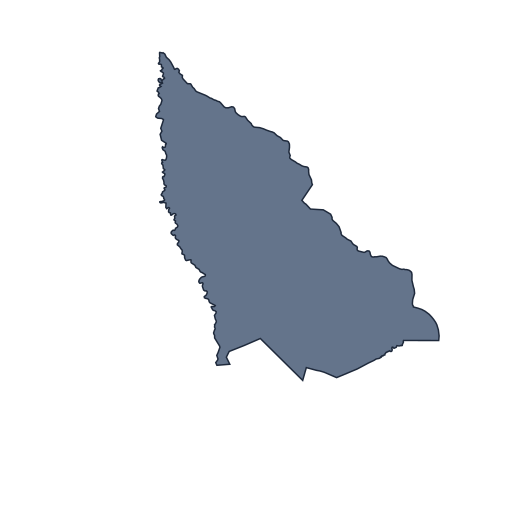 outline of Beitbridge, Matabeleland South, Zimbabwe, rotated 216°
{"feature_id": "62879985B95307090216295", "entity_name": "Beitbridge", "entity_type": "district", "adm_level": 2, "iso_a3": "ZWE", "parent_name": "Zimbabwe", "parent_adm1": "Matabeleland South", "projection": "orthographic", "projection_center": [30.386, -21.812], "detail": "fine", "context": "isolated", "style": "filled", "palette": "slate", "viewbox_px": 512, "rotation_deg": 216, "n_neighbors": 0, "source": "geoboundaries", "source_scale": "gbopen_adm2", "svg_char_len": 6122}
<svg xmlns="http://www.w3.org/2000/svg" viewBox="0 0 512 512"><g transform="rotate(216 256 256)"><path d="M421.5,317.9L419.1,316.3L419.9,312.4L419.1,309.9L418.4,309.6L416.4,309.8L413.1,311.8L411.1,312.0L410.7,311.3L408.1,303.3L405.5,301.7L405.1,298.1L400.4,294.1L394.9,294.4L394.5,293.9L394.8,293.3L394.7,292.9L393.8,291.7L393.5,290.7L394.4,289.5L395.8,289.5L395.8,289.1L395.5,288.4L393.8,287.3L391.0,287.3L389.0,285.7L387.9,285.3L386.9,284.2L386.0,282.6L385.5,280.8L385.8,280.1L387.2,279.3L388.4,279.0L388.7,278.6L388.3,277.9L386.6,276.8L387.0,276.0L386.8,275.5L386.2,275.1L384.7,274.8L382.4,272.3L380.6,272.2L380.4,272.1L380.3,271.6L381.0,268.9L380.3,268.7L378.3,269.0L377.6,268.3L377.1,266.2L377.9,265.6L378.0,265.0L377.2,263.8L375.7,263.2L373.8,261.6L372.9,260.3L372.4,260.0L371.9,259.8L369.9,260.0L369.5,259.5L369.3,259.1L369.4,258.4L370.2,257.5L370.3,257.1L369.9,256.5L368.8,256.2L368.5,255.8L368.5,255.2L369.3,252.9L368.8,251.7L368.8,250.1L368.6,249.7L367.3,249.4L366.3,249.7L365.3,249.2L364.3,248.2L363.2,247.9L362.9,247.6L362.8,247.1L363.3,246.1L364.4,244.6L365.4,243.8L365.7,243.3L365.5,243.0L364.6,242.8L363.7,243.4L362.2,245.1L359.9,245.9L357.5,242.3L356.0,241.8L355.5,243.6L355.0,243.9L354.3,244.0L353.9,243.6L353.8,242.1L352.7,240.3L351.7,240.1L350.6,240.6L349.3,239.2L348.9,239.0L348.3,239.5L348.1,240.8L347.3,242.2L346.5,242.6L345.5,242.7L344.8,242.1L345.3,240.9L345.3,240.3L343.8,238.7L343.8,237.5L343.6,237.0L341.7,237.0L341.2,235.8L340.6,235.3L338.8,235.3L337.8,235.0L337.0,234.5L336.7,233.9L336.6,233.1L337.4,231.1L337.0,230.2L336.9,229.2L337.1,228.7L338.1,228.3L338.5,227.6L338.7,225.7L338.3,224.8L337.7,224.3L335.6,224.0L334.9,224.1L334.3,225.2L333.7,225.3L332.9,225.0L332.5,223.9L331.4,222.9L329.8,222.8L327.6,223.1L327.2,222.9L326.8,222.0L326.8,219.7L326.2,218.8L323.1,218.6L320.6,217.6L319.4,217.4L318.4,216.5L317.5,214.6L317.1,214.2L315.6,214.6L314.4,214.6L314.0,214.3L312.7,212.6L310.5,211.3L309.6,211.4L307.5,213.8L306.7,214.5L306.2,214.6L305.0,212.8L304.2,212.4L300.0,212.6L297.9,211.4L294.2,211.7L292.0,210.6L290.7,210.6L289.4,211.1L288.7,210.9L286.1,211.2L285.6,210.6L285.4,209.9L285.6,209.3L287.3,207.4L287.7,206.4L288.0,203.9L287.5,202.0L286.6,201.2L285.6,200.9L285.1,201.2L283.8,202.8L283.3,202.9L282.5,202.4L282.0,200.6L281.4,199.8L278.4,197.7L276.9,197.7L275.6,198.6L274.5,198.4L273.7,197.2L273.3,195.2L274.0,192.7L273.2,191.9L271.9,192.1L270.2,192.9L269.5,193.0L268.5,192.8L267.0,191.5L265.8,191.1L259.9,192.0L259.8,191.0L260.1,190.4L262.0,189.3L262.3,188.4L259.4,187.0L258.4,187.0L257.1,187.6L255.4,187.5L254.8,186.2L254.7,183.5L251.9,181.1L250.3,180.3L249.4,179.4L249.0,177.0L249.2,176.1L248.2,175.1L247.9,174.2L246.7,173.6L246.2,172.9L246.0,171.6L245.1,168.8L244.2,168.1L242.9,167.5L241.3,165.4L232.6,161.8L231.5,160.9L229.9,155.5L229.3,152.5L226.4,150.5L225.9,149.5L225.9,146.1L223.4,144.6L213.6,153.0L220.5,156.7L221.6,163.0L212.8,176.9L204.0,191.8L145.1,182.8L149.7,195.3L139.7,199.1L136.9,200.5L132.6,202.0L119.3,205.0L107.7,224.1L102.2,235.4L99.2,240.9L98.2,243.4L96.2,245.5L95.2,247.7L95.2,247.8L95.7,247.8L95.3,249.5L94.6,249.6L94.4,250.8L93.6,251.6L94.1,252.7L94.0,254.8L93.5,255.2L93.2,256.2L92.5,256.8L92.4,257.7L90.7,258.0L90.3,258.6L90.3,259.3L90.7,260.2L92.0,261.3L92.2,262.3L91.6,262.7L90.6,262.4L90.0,262.6L88.9,264.6L89.3,266.3L87.4,267.3L86.5,268.2L86.1,269.0L85.4,269.1L85.1,269.6L85.7,270.9L86.0,272.8L86.8,273.7L87.0,274.4L58.5,295.0L60.9,299.0L65.0,303.4L69.2,306.6L71.7,307.9L75.0,309.1L78.0,309.9L81.6,310.6L86.7,310.7L90.4,310.2L94.3,309.0L98.7,307.3L99.2,307.9L100.4,308.3L101.5,309.4L103.6,312.8L105.7,319.0L108.4,322.0L110.4,323.5L115.6,328.0L118.9,332.7L120.5,334.2L121.4,334.4L122.7,334.5L124.0,334.4L126.2,333.5L127.4,332.6L128.6,332.3L130.1,330.9L132.5,330.0L140.1,328.6L143.9,328.9L147.1,330.0L147.6,330.5L149.8,331.2L151.6,330.8L153.6,330.1L155.4,328.9L157.9,326.3L159.8,324.9L159.9,324.5L161.6,323.5L162.6,323.5L164.4,324.5L166.1,326.1L167.5,326.5L169.1,325.5L170.0,323.3L170.7,322.4L176.2,320.2L177.7,320.4L178.2,320.9L179.1,322.5L180.0,323.0L183.9,322.6L185.4,322.9L187.9,323.9L192.1,323.2L194.0,323.4L198.7,323.2L200.6,324.3L200.9,325.0L206.0,328.5L210.2,329.6L214.6,329.9L216.1,330.5L217.2,332.0L220.2,333.7L228.7,332.9L239.5,326.0L246.1,327.3L247.9,327.2L251.6,328.0L252.3,346.9L253.7,347.8L255.9,350.2L261.0,353.0L263.0,355.2L264.3,357.0L265.7,358.0L267.0,358.0L269.9,356.5L272.0,355.9L274.9,355.7L277.2,355.2L279.5,355.3L284.3,354.8L286.3,355.1L286.9,355.9L287.4,357.4L290.5,359.4L292.7,363.5L294.1,365.4L294.9,366.3L296.9,367.4L298.1,367.4L301.4,365.7L302.3,365.5L305.8,366.2L309.7,365.7L313.8,366.3L316.2,365.8L316.9,365.4L321.5,364.0L324.7,363.3L328.5,362.0L333.0,359.3L334.2,359.1L336.2,359.4L337.7,360.3L342.6,360.9L346.3,362.3L347.5,362.1L349.3,360.5L350.6,360.0L353.5,359.8L356.2,360.1L357.6,360.6L359.9,362.7L361.8,363.2L363.4,362.5L365.5,359.6L367.6,358.1L369.5,357.9L374.5,359.1L376.3,359.3L378.0,358.6L380.3,358.3L380.8,357.9L382.9,357.5L384.6,357.4L386.1,356.8L389.4,356.6L391.4,356.3L400.3,354.1L401.8,354.1L404.4,355.1L406.5,355.3L409.8,356.8L410.4,356.7L412.8,355.1L419.2,356.4L420.5,357.0L421.7,358.9L424.3,358.7L426.4,359.2L426.9,360.9L428.6,361.6L430.0,361.5L430.8,360.6L431.1,359.6L431.5,359.2L431.9,359.2L433.5,360.2L438.9,362.8L441.7,363.7L445.4,364.1L448.5,365.8L450.7,365.8L450.9,365.3L453.5,364.2L453.5,363.7L451.0,360.6L450.7,359.4L449.8,358.7L448.4,356.9L448.0,355.9L448.2,354.8L448.0,354.3L447.3,354.1L445.8,355.2L445.0,355.2L443.6,353.4L442.5,353.7L441.7,353.5L441.5,353.0L441.9,352.0L441.4,350.6L442.2,349.9L442.2,349.6L441.2,349.4L439.8,349.7L438.5,349.6L437.9,348.9L437.3,346.5L436.6,346.3L435.4,346.6L434.5,346.2L434.4,345.9L434.9,345.0L434.7,344.8L435.2,343.2L435.1,342.7L436.0,342.6L437.0,343.4L438.1,343.2L438.5,342.4L439.0,342.1L438.6,340.8L437.8,340.2L435.9,339.6L434.6,340.8L434.5,341.3L434.1,341.5L433.2,340.9L434.6,338.1L434.6,337.6L434.1,337.3L432.5,337.3L433.3,335.3L433.9,334.6L433.1,331.5L432.9,331.2L431.8,331.3L429.8,330.5L430.1,329.5L429.4,328.3L428.9,328.0L426.7,327.9L425.0,327.6L423.5,326.6L422.2,322.8L422.3,320.4L421.5,317.9Z" fill="#64748b" stroke="#1e293b" stroke-width="1.5"/></g></svg>